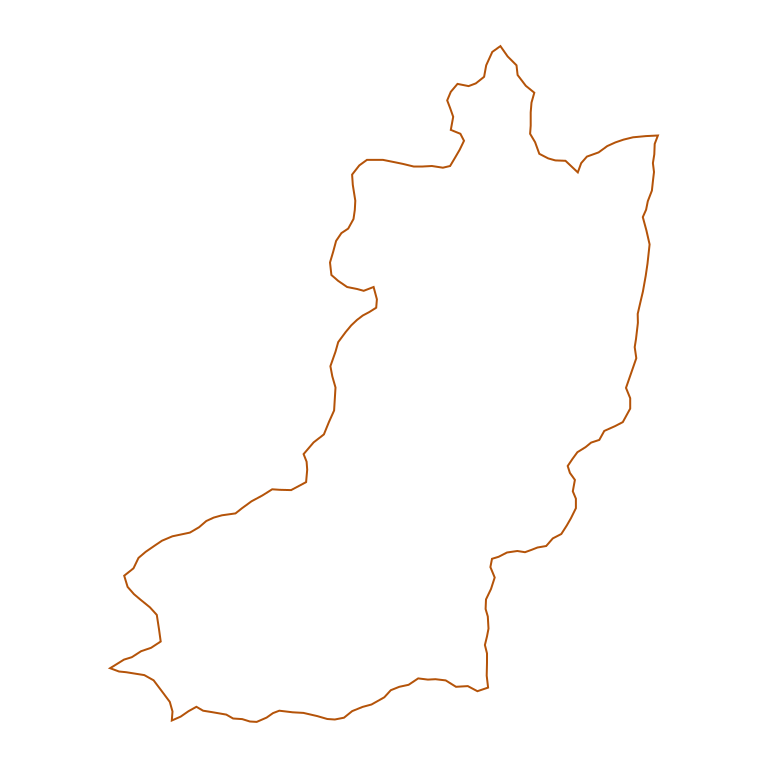 outline of Herculândia, São Paulo, Brazil
{"feature_id": "56859067B3625092045364", "entity_name": "Herculândia", "entity_type": "district", "adm_level": 2, "iso_a3": "BRA", "parent_name": "Brazil", "parent_adm1": "São Paulo", "projection": "albers", "projection_center": [-50.378, -21.944], "detail": "fine", "context": "isolated", "style": "outline", "palette": "amber", "viewbox_px": 768, "rotation_deg": 0, "n_neighbors": 0, "source": "geoboundaries", "source_scale": "gbopen_adm2", "svg_char_len": 2778}
<svg xmlns="http://www.w3.org/2000/svg" viewBox="0 0 768 768"><path d="M447.2,100.4L450.1,108.0L453.2,116.8L450.8,129.9L460.4,133.8L464.0,140.8L459.7,149.7L455.1,157.6L450.1,166.0L442.9,167.7L431.9,166.0L422.8,166.5L413.6,166.5L402.9,163.9L395.1,162.3L383.1,159.9L366.9,159.9L359.3,165.4L352.1,174.6L352.8,184.9L355.3,200.7L354.8,210.0L353.5,219.0L348.2,228.6L341.4,233.1L336.1,240.9L333.2,251.7L330.0,262.5L331.4,275.0L338.2,280.9L347.1,287.0L357.1,289.0L363.7,290.8L373.6,287.0L376.9,299.3L376.2,307.7L369.2,312.1L362.8,315.5L356.9,320.0L351.2,325.4L345.7,332.0L338.2,342.1L335.5,351.7L330.4,366.2L332.3,376.3L335.5,387.5L334.1,410.5L328.9,422.1L323.9,434.4L313.6,442.4L303.6,454.1L306.6,461.7L307.2,469.7L306.1,482.1L291.1,490.1L279.7,489.8L272.2,489.3L262.3,495.5L251.5,501.3L241.9,508.3L235.5,513.4L221.9,515.3L213.7,517.6L206.3,521.0L199.1,527.2L189.9,532.6L172.4,536.3L162.0,540.7L155.3,545.2L145.7,551.8L138.5,557.9L133.5,568.3L124.2,575.7L127.6,586.9L134.0,594.2L140.4,599.6L149.9,607.3L156.8,614.9L159.0,629.2L160.7,641.5L151.1,647.8L141.1,651.2L131.8,657.2L124.0,659.6L110.1,668.2L119.0,671.5L126.1,672.2L133.6,673.4L144.3,675.1L153.6,680.3L160.4,689.3L169.8,701.9L172.5,711.5L171.8,720.5L180.7,716.6L188.5,711.2L196.4,706.8L203.1,710.7L212.4,712.2L226.3,714.6L233.1,718.5L242.2,719.1L249.9,721.5L256.7,721.9L266.6,717.6L273.0,713.1L279.3,710.7L292.7,712.3L303.4,712.9L317.3,716.1L327.3,719.0L334.8,719.5L344.0,717.7L352.2,711.1L362.6,706.9L371.5,704.5L384.3,697.3L390.8,690.2L399.3,686.8L408.6,684.8L418.2,678.4L427.9,679.6L435.4,679.2L445.7,680.4L456.0,686.8L467.8,686.1L477.4,691.2L488.1,687.6L486.7,675.7L487.0,662.7L487.0,653.4L484.9,645.0L487.0,636.4L488.5,628.6L487.8,616.5L485.6,609.0L486.0,599.4L491.0,589.0L494.7,577.5L490.4,567.1L492.0,558.8L498.6,556.8L507.0,552.5L517.3,551.0L525.0,552.2L531.4,549.9L537.5,547.5L546.2,546.0L552.8,538.4L561.3,534.0L566.7,525.6L570.9,518.3L575.9,508.2L575.9,498.7L572.8,491.3L574.9,479.9L569.9,472.9L567.7,466.0L572.7,458.6L577.4,452.2L585.6,447.1L591.1,442.6L599.3,439.9L604.3,430.9L614.9,426.2L622.8,422.1L630.2,408.6L630.2,398.2L626.0,387.9L636.3,358.2L634.7,347.1L636.0,339.0L637.9,322.8L637.7,313.9L640.7,300.9L642.9,291.6L645.7,275.9L647.5,263.6L649.6,244.4L646.4,230.4L642.8,217.1L646.1,209.7L647.8,201.2L651.9,190.6L653.0,180.4L654.0,172.0L652.9,163.1L654.3,154.3L654.7,143.9L657.9,135.5L645.8,136.1L633.0,137.3L623.6,139.6L615.4,142.4L607.2,146.1L598.6,152.4L586.9,156.6L581.2,163.1L577.8,172.4L565.5,160.8L555.3,160.4L548.2,158.4L539.3,153.8L535.1,142.2L530.1,133.8L530.7,125.7L530.7,112.4L531.5,102.6L534.3,92.7L525.8,85.8L517.6,75.0L516.5,65.3L507.6,56.4L500.4,46.1L492.3,51.9L486.2,65.3L484.1,76.8L475.8,83.4L468.6,86.1L457.5,83.9L450.8,91.8L447.2,100.4Z" fill="none" stroke="#b45309" stroke-width="2"/></svg>